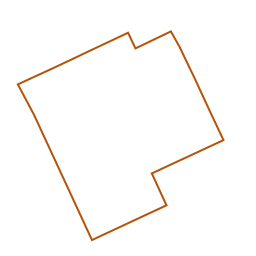 Meeker, Minnesota, United States of America (Robinson projection), rotated 335°
{"feature_id": "52423323B82723700819743", "entity_name": "Meeker", "entity_type": "district", "adm_level": 2, "iso_a3": "USA", "parent_name": "United States of America", "parent_adm1": "Minnesota", "projection": "robinson", "projection_center": [-94.489, 45.109], "detail": "fine", "context": "isolated", "style": "outline", "palette": "amber", "viewbox_px": 256, "rotation_deg": 335, "n_neighbors": 0, "source": "geoboundaries", "source_scale": "gbopen_adm2", "svg_char_len": 344}
<svg xmlns="http://www.w3.org/2000/svg" viewBox="0 0 256 256"><g transform="rotate(335 128 128)"><path d="M48.0,214.3L130.2,214.3L130.4,179.2L209.4,179.3L209.3,144.8L209.4,110.6L209.0,76.3L207.7,58.6L168.4,59.0L168.3,41.7L119.6,41.9L112.7,42.0L86.1,42.1L46.6,41.9L48.4,76.4L48.0,214.3Z" fill="none" stroke="#b45309" stroke-width="2"/></g></svg>